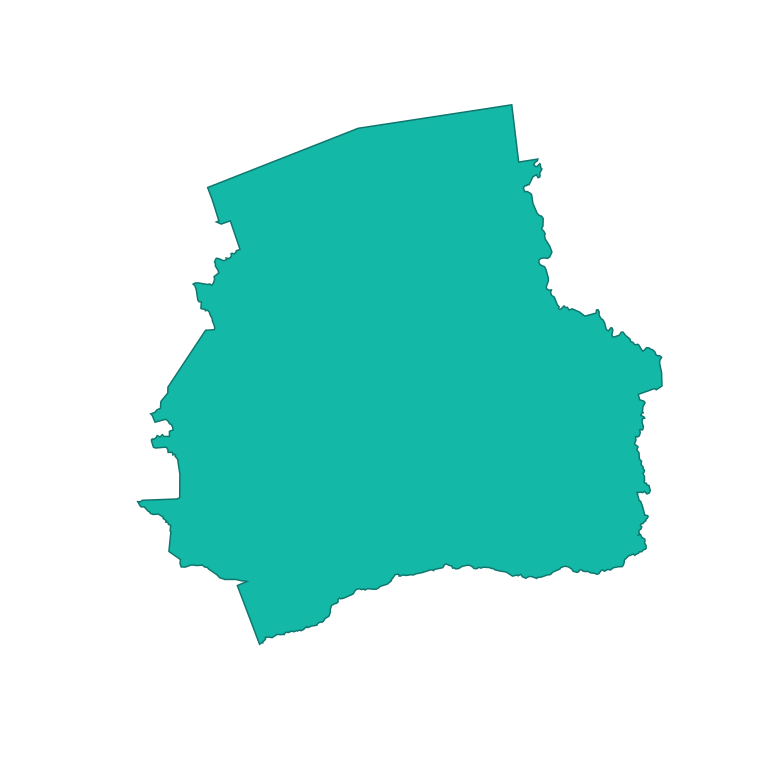 outline of El Alto, Catamarca, Argentina, rotated 251°
{"feature_id": "61730980B19433533444932", "entity_name": "El Alto", "entity_type": "district", "adm_level": 2, "iso_a3": "ARG", "parent_name": "Argentina", "parent_adm1": "Catamarca", "projection": "albers", "projection_center": [-65.454, -28.418], "detail": "fine", "context": "isolated", "style": "filled", "palette": "teal", "viewbox_px": 768, "rotation_deg": 251, "n_neighbors": 0, "source": "geoboundaries", "source_scale": "gbopen_adm2", "svg_char_len": 6171}
<svg xmlns="http://www.w3.org/2000/svg" viewBox="0 0 768 768"><g transform="rotate(251 384 384)"><path d="M627.2,281.2L614.1,281.6L591.9,281.0L591.8,278.3L588.2,282.2L588.3,291.8L558.1,291.7L558.1,287.7L556.4,286.5L555.9,284.8L557.1,282.9L556.9,281.7L554.7,281.5L553.5,279.7L553.3,277.8L554.5,275.7L553.0,275.7L552.7,273.9L552.7,272.6L555.9,269.1L557.4,266.8L557.2,265.9L554.6,263.5L552.9,263.8L550.3,263.0L545.3,264.1L542.8,263.9L540.9,258.3L538.1,257.9L534.8,255.4L533.3,252.9L535.3,251.9L535.6,249.5L539.9,241.6L541.0,238.7L540.6,236.0L538.6,237.2L534.4,237.2L523.9,235.3L522.1,235.8L521.0,238.0L515.2,235.5L514.5,235.9L513.0,238.9L511.4,239.0L511.2,241.2L508.9,242.2L505.4,242.1L502.2,242.8L499.7,242.3L495.2,242.5L492.1,242.3L490.6,241.1L492.9,232.8L451.4,178.7L445.8,176.6L440.5,167.9L439.5,167.0L433.9,164.8L433.4,160.6L431.8,158.3L431.7,153.7L429.8,154.6L422.4,155.1L421.7,166.2L419.0,167.8L416.2,168.3L414.9,169.7L411.7,170.1L409.0,169.5L409.3,166.8L408.9,165.6L404.3,164.1L406.0,158.9L408.3,157.9L407.0,155.7L407.2,154.5L409.1,152.8L407.6,151.3L406.6,148.3L407.4,147.2L406.9,147.0L407.1,146.1L406.0,145.6L399.4,145.4L397.9,147.0L395.4,156.8L394.8,157.7L392.3,158.3L389.6,157.6L388.3,161.6L385.6,161.3L385.7,163.1L384.4,163.7L383.6,163.0L380.1,164.4L365.1,161.6L343.0,153.8L342.7,150.8L352.7,117.7L352.0,115.2L352.9,112.8L347.5,113.9L346.8,114.6L345.9,117.2L340.3,119.7L339.8,120.5L337.7,121.0L335.8,123.2L334.5,128.3L329.7,132.1L328.8,131.4L325.5,133.7L324.5,132.7L323.7,134.2L322.7,134.7L321.5,134.5L319.8,136.3L314.7,133.9L313.7,134.4L295.7,126.1L284.3,134.4L280.8,132.7L277.0,132.7L275.6,136.6L275.6,143.2L273.2,148.1L271.9,153.3L269.5,154.7L268.1,157.2L265.7,158.2L258.1,163.9L254.3,165.6L250.9,170.1L247.5,180.2L243.9,185.8L243.6,187.4L241.9,190.2L241.2,179.7L178.4,181.6L179.2,184.5L178.7,185.1L179.9,185.7L180.5,187.7L181.6,189.1L183.0,189.3L182.5,191.9L180.6,195.7L182.0,201.2L180.2,206.2L180.2,207.5L179.6,207.9L181.3,210.2L180.2,212.6L180.1,213.5L180.6,214.1L180.2,215.2L180.4,216.5L179.1,217.9L179.2,221.0L178.6,221.7L178.8,224.4L177.7,225.3L178.1,228.3L179.0,229.3L179.1,230.9L179.8,231.8L178.7,232.3L178.4,233.7L178.8,236.2L177.8,241.9L179.2,243.7L179.7,245.9L178.9,248.0L179.5,249.5L181.4,251.9L182.4,256.3L185.8,259.1L188.3,259.8L191.7,262.3L192.3,265.8L192.1,267.8L193.0,269.8L194.8,270.0L196.1,272.0L195.0,273.1L194.6,276.2L195.5,286.4L198.3,289.7L198.7,291.4L198.5,293.9L196.9,295.9L196.7,298.3L195.4,299.0L195.8,302.0L193.3,307.2L192.5,310.0L192.9,312.3L193.9,314.4L193.7,322.0L195.5,326.8L196.6,327.5L200.1,332.6L199.6,335.5L198.6,336.1L197.7,335.6L197.0,337.1L197.4,339.3L195.7,342.8L194.8,348.0L193.9,349.2L194.1,352.6L193.2,359.2L193.1,366.9L192.8,368.5L191.4,370.2L192.1,370.7L192.2,371.8L191.2,379.8L193.2,382.1L193.7,384.2L191.4,386.4L189.9,388.8L187.5,389.0L187.1,390.7L185.8,391.7L185.2,394.5L186.2,398.8L185.4,404.1L184.2,406.7L182.8,407.5L182.5,408.3L180.8,408.6L179.6,410.1L179.2,412.3L179.9,413.9L178.3,415.8L178.5,418.1L176.1,423.9L174.5,425.7L174.0,427.3L172.4,428.2L170.2,431.4L166.4,438.3L160.5,443.0L160.1,447.6L159.0,448.2L159.5,451.4L156.8,452.0L154.1,454.9L154.7,457.1L154.6,459.0L153.8,460.9L150.4,465.2L151.1,466.1L150.2,470.2L150.3,476.5L149.7,478.4L149.7,479.5L151.2,482.3L151.8,490.2L152.8,491.1L152.9,495.4L151.2,498.7L147.8,501.3L145.3,501.9L143.0,505.3L143.1,507.0L144.2,507.9L144.4,509.3L143.4,510.9L142.3,511.2L140.9,513.7L140.8,515.3L138.1,518.0L136.4,521.6L134.7,523.4L134.8,525.6L136.8,528.2L136.9,530.4L135.1,531.5L135.9,535.2L134.4,537.6L135.6,540.9L134.9,546.1L133.8,549.7L134.8,551.4L137.5,553.3L139.2,553.8L141.8,559.2L142.0,564.4L140.3,565.4L140.9,566.6L141.2,569.7L142.2,570.9L141.5,572.9L142.8,575.6L142.7,577.4L143.4,578.4L145.9,579.2L148.8,578.6L151.2,579.9L152.6,580.0L154.9,577.9L158.0,577.5L158.5,575.5L159.1,576.9L161.8,576.9L162.7,577.8L163.1,579.6L164.9,581.2L166.8,580.3L168.2,581.9L167.7,583.4L169.0,585.3L169.4,587.0L170.8,587.8L171.4,589.4L172.9,590.7L174.3,589.7L175.0,587.9L183.9,588.6L189.4,588.5L190.9,587.4L199.1,587.9L198.4,589.2L198.6,590.4L197.1,593.3L197.5,595.5L194.5,596.7L194.5,599.2L196.6,601.1L201.8,601.5L203.0,599.8L204.7,599.8L205.7,598.2L207.2,598.2L208.2,599.2L209.9,599.3L211.2,600.1L215.2,599.9L216.4,601.7L218.0,602.1L219.7,601.2L220.9,602.0L224.4,600.9L227.1,602.4L229.8,601.1L236.0,602.7L239.1,601.7L240.3,602.2L241.5,603.6L242.3,603.6L245.1,601.6L246.2,601.6L249.1,604.1L252.0,604.4L252.4,605.4L251.4,606.2L251.8,608.5L254.8,610.6L257.2,610.7L257.5,611.6L256.5,613.0L256.6,613.8L259.2,615.4L263.8,615.5L265.9,616.5L267.1,617.3L266.8,619.3L268.0,619.2L270.7,616.7L272.5,618.3L272.4,620.4L272.8,619.3L274.0,619.4L278.2,621.5L281.3,624.7L283.0,624.3L285.8,620.7L291.4,621.0L291.6,638.3L289.9,639.5L291.6,646.2L304.5,650.2L314.0,651.4L316.6,652.5L318.8,655.2L321.0,653.8L321.7,651.9L322.9,650.7L326.5,650.5L329.1,649.0L329.8,647.7L331.9,646.2L332.9,644.1L330.8,640.0L331.1,639.1L338.3,637.5L339.0,636.7L339.1,635.0L339.9,633.7L342.4,632.9L343.9,630.9L345.9,631.3L347.0,630.9L351.5,628.1L355.1,627.0L355.8,625.2L353.6,622.7L353.5,617.3L353.9,615.7L356.1,615.4L360.4,617.9L362.7,617.9L363.3,616.9L361.2,613.5L363.0,611.9L370.3,612.5L373.8,611.8L374.9,610.5L379.0,609.8L382.2,610.9L384.4,610.6L384.9,609.1L382.0,607.6L382.8,596.0L388.4,592.3L393.8,586.4L393.7,583.1L396.8,582.3L397.2,580.5L399.2,579.6L397.3,575.7L397.4,574.1L398.7,573.6L399.8,574.7L402.5,573.7L410.7,573.3L413.2,571.3L416.3,571.3L418.5,572.9L418.8,570.8L420.4,569.2L421.9,568.8L422.8,568.9L428.2,573.1L430.8,573.9L439.5,574.4L442.5,574.0L446.0,570.5L448.4,570.0L450.9,571.1L451.6,573.1L451.2,576.2L449.5,579.6L450.3,582.2L454.0,585.7L460.3,585.6L468.7,583.6L471.8,584.1L473.7,585.3L476.5,584.8L478.9,583.5L480.6,584.4L481.5,585.7L488.7,588.4L491.5,587.5L492.9,585.6L495.6,584.4L506.2,583.6L515.0,585.2L516.4,584.7L519.3,582.2L520.0,579.8L523.6,579.5L525.4,581.2L525.2,583.8L525.8,584.2L525.2,586.0L531.5,592.3L532.2,596.3L528.9,596.8L528.9,598.5L529.9,599.3L533.0,600.1L535.8,603.3L537.7,602.6L540.7,603.3L541.6,603.0L539.8,599.5L540.5,597.8L542.6,597.0L544.6,599.3L545.1,601.7L546.6,602.7L550.0,583.6L606.4,595.7L634.2,442.8L627.2,281.2Z" fill="#14b8a6" stroke="#0f766e" stroke-width="1.5"/></g></svg>